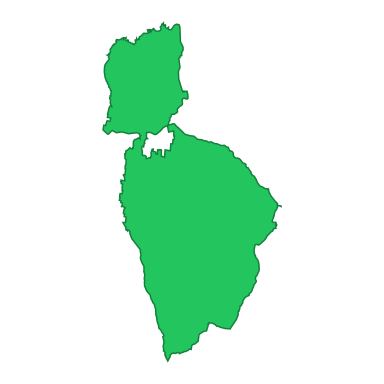 Mojokerto, Jawa Timur, Indonesia
{"feature_id": "22746128B795310620233", "entity_name": "Mojokerto", "entity_type": "district", "adm_level": 2, "iso_a3": "IDN", "parent_name": "Indonesia", "parent_adm1": "Jawa Timur", "projection": "equal_earth", "projection_center": [112.455, -7.541], "detail": "fine", "context": "isolated", "style": "filled", "palette": "green", "viewbox_px": 384, "rotation_deg": 0, "n_neighbors": 0, "source": "geoboundaries", "source_scale": "gbopen_adm2", "svg_char_len": 5991}
<svg xmlns="http://www.w3.org/2000/svg" viewBox="0 0 384 384"><path d="M121.7,38.4L120.7,39.5L118.9,39.9L116.5,39.6L116.5,41.2L115.9,41.2L116.3,42.4L116.1,43.0L114.1,44.3L114.0,44.8L113.5,44.5L111.8,47.0L111.6,47.8L110.9,48.3L110.1,49.6L110.5,51.8L109.7,53.2L108.9,53.6L109.4,54.5L107.4,55.1L108.5,55.6L108.5,57.4L109.3,58.5L109.1,59.2L105.2,64.4L104.5,67.2L104.3,72.1L105.2,77.7L106.5,81.4L107.2,81.7L107.5,83.6L108.7,85.2L108.9,87.2L110.1,88.3L110.5,90.4L111.2,90.9L110.8,95.9L110.1,95.8L109.7,98.7L110.5,99.0L110.3,103.1L111.7,106.7L110.1,106.1L109.3,107.2L107.5,114.6L107.9,114.9L107.4,117.4L110.8,118.1L109.9,121.3L107.1,120.8L105.8,124.4L105.7,125.5L103.8,125.2L103.0,129.9L107.7,134.2L108.9,133.8L111.2,131.3L112.4,130.6L116.4,132.7L122.0,131.9L128.5,133.7L137.1,132.7L139.2,133.8L139.8,134.9L140.8,135.7L139.8,136.3L140.1,139.1L138.3,137.9L136.2,139.3L134.6,139.6L133.4,141.5L133.2,147.8L132.7,147.8L132.6,148.9L131.6,148.9L130.0,147.7L127.3,150.3L126.0,150.7L125.6,153.6L124.8,153.7L125.0,158.2L125.3,159.0L126.0,159.5L126.1,161.2L125.8,165.1L125.2,165.6L125.1,168.8L125.6,168.9L125.6,169.5L124.9,174.9L123.5,174.6L123.5,175.5L124.3,176.4L124.8,180.3L124.7,180.9L121.1,180.1L120.7,181.7L121.4,181.9L121.2,183.6L122.5,184.0L122.1,187.8L122.5,187.9L122.0,190.6L123.0,191.1L121.8,193.9L120.2,193.5L119.9,194.2L119.6,197.4L120.2,197.5L119.3,200.2L120.9,200.9L120.8,202.6L122.0,202.8L122.4,205.1L121.4,206.3L121.5,206.6L122.3,206.4L125.2,207.6L125.2,208.3L124.0,209.2L123.4,213.1L123.5,213.7L124.5,214.1L124.2,216.6L126.1,217.0L125.6,222.4L123.0,222.5L125.7,227.2L126.0,229.9L126.9,230.4L127.2,230.0L127.7,230.9L128.1,230.1L129.6,230.9L130.1,234.1L131.8,238.6L140.5,250.0L140.2,250.9L141.0,255.1L140.4,257.6L140.6,259.1L141.8,262.4L144.0,266.5L143.9,271.8L144.8,274.8L144.2,278.9L144.8,280.5L144.4,281.3L144.6,286.0L146.6,290.8L148.7,293.5L149.9,294.4L151.3,299.5L152.2,300.8L152.7,302.4L154.4,304.6L155.7,309.7L155.9,315.1L156.5,316.5L157.2,321.6L158.6,325.7L158.8,328.1L160.8,330.0L162.1,332.7L163.6,334.5L163.8,336.0L162.8,336.7L163.9,341.1L164.0,342.6L163.1,346.8L163.6,347.9L163.5,350.9L165.2,352.5L164.8,354.8L165.5,355.4L165.5,356.5L167.8,361.0L170.0,356.9L170.4,354.8L172.5,353.1L175.7,353.4L177.8,352.4L178.6,352.7L179.6,353.7L181.8,352.4L182.8,352.5L184.2,351.5L185.3,351.6L188.2,350.3L189.3,349.1L191.2,349.4L191.7,345.9L192.5,344.6L195.0,343.9L198.2,341.2L199.0,334.5L202.7,331.9L204.9,331.0L206.5,331.0L208.1,325.5L208.1,324.1L208.8,323.9L208.4,323.2L208.6,322.8L212.3,323.1L215.0,324.5L217.0,326.4L217.8,326.1L220.2,327.2L225.1,328.5L230.4,328.9L230.6,328.0L236.4,319.4L238.2,314.8L238.1,311.9L238.8,311.4L238.6,311.1L239.4,309.9L240.3,305.8L241.4,305.5L241.7,304.3L242.6,303.2L242.8,301.0L244.9,297.7L247.0,296.2L248.5,295.7L248.7,295.0L249.1,295.1L249.2,294.0L251.4,291.8L254.3,284.4L255.9,282.3L256.3,281.1L255.5,279.3L255.6,276.8L256.7,275.9L259.0,270.8L259.2,269.5L258.9,264.3L258.4,261.5L257.3,259.2L255.7,257.4L255.6,256.0L254.5,254.0L254.1,250.3L255.0,244.9L257.0,244.4L258.7,245.1L259.8,244.3L264.1,240.5L265.7,238.6L267.0,236.2L270.7,232.2L273.0,230.7L272.8,229.6L274.1,228.6L275.8,228.3L275.4,227.8L275.9,226.1L275.7,225.3L276.3,226.0L276.7,225.1L275.8,224.4L276.4,224.1L275.8,223.1L275.9,222.4L273.5,222.3L272.1,221.6L272.5,219.8L274.1,215.8L274.4,213.5L275.3,210.9L276.2,210.1L277.4,207.3L277.6,205.7L279.8,205.8L281.0,206.5L281.0,206.0L277.3,205.3L277.4,203.4L275.5,201.7L271.0,196.0L268.9,191.7L268.5,189.1L268.0,189.6L267.4,188.9L265.0,188.6L262.3,186.9L259.9,186.1L257.2,182.2L256.2,179.5L254.3,176.3L252.8,175.5L251.3,173.8L250.9,171.8L249.0,169.5L248.4,168.0L246.7,167.5L245.9,165.9L246.0,164.7L245.2,163.7L242.6,162.9L240.7,160.1L239.3,158.7L237.9,158.1L236.1,158.2L234.3,157.1L233.3,155.0L233.3,153.2L232.2,151.5L230.8,150.9L229.7,151.0L228.2,147.3L227.4,147.3L224.1,145.2L222.7,145.6L220.2,145.2L217.4,143.9L214.1,143.4L211.0,141.8L209.1,142.4L206.5,141.0L204.4,140.8L201.4,139.7L197.6,139.4L194.0,136.2L190.5,135.8L185.1,134.4L178.3,127.7L176.7,126.5L174.6,124.0L173.4,123.7L168.3,125.2L168.8,122.1L169.9,120.3L169.8,118.5L170.0,117.7L170.9,116.9L171.3,114.8L171.8,114.3L174.2,114.3L177.1,112.5L177.5,111.6L177.3,109.0L180.2,106.0L181.5,105.5L182.5,103.9L182.1,99.8L182.8,98.8L183.9,98.2L187.1,99.1L187.9,98.3L187.6,97.7L188.0,97.3L187.7,94.1L187.0,91.2L185.7,91.4L183.3,91.1L183.6,91.9L183.1,91.9L182.1,90.3L178.7,78.9L178.4,71.5L180.0,67.5L178.8,58.4L179.3,57.7L180.0,57.6L180.1,55.9L181.7,55.6L181.6,52.9L183.1,49.9L183.0,47.0L180.4,41.6L179.9,27.3L179.2,24.9L177.4,24.3L176.2,24.3L174.2,25.4L171.3,29.6L170.0,30.0L168.6,29.4L168.5,27.2L168.0,27.6L167.7,28.6L165.9,27.8L165.2,26.7L165.6,25.6L165.2,24.7L164.9,24.8L164.6,26.1L163.5,25.4L163.4,23.0L162.5,24.1L161.9,24.1L161.5,25.9L160.5,26.6L160.3,27.4L161.2,28.5L160.6,29.9L159.7,30.8L157.4,31.3L155.4,30.8L155.1,30.2L154.1,30.0L154.0,28.8L153.5,28.5L152.0,29.8L151.3,31.7L150.3,31.6L149.7,33.0L149.6,31.1L150.1,30.4L150.7,30.3L150.6,29.7L149.8,29.5L147.4,29.9L148.4,32.8L147.0,33.4L143.6,33.3L140.8,36.2L139.5,36.7L139.1,39.1L138.6,38.8L138.3,39.4L137.3,39.8L136.7,38.5L136.4,40.3L135.3,40.0L135.3,41.3L135.8,42.2L135.7,42.8L133.8,44.6L133.3,44.5L132.7,43.4L130.6,43.1L129.9,42.3L128.8,42.2L128.0,41.4L128.4,40.5L127.9,39.9L127.0,40.8L125.9,40.6L126.0,37.5L125.2,37.9L123.5,37.7L123.9,39.0L123.5,39.7L123.0,38.6L121.7,38.4ZM168.7,132.1L173.6,131.0L173.8,136.0L174.5,136.1L174.0,139.5L173.0,139.6L172.6,143.8L170.8,143.8L170.3,150.8L165.1,149.9L164.5,157.3L161.3,156.1L161.4,149.9L159.2,149.6L158.8,150.1L157.6,149.8L157.5,154.3L155.8,153.7L155.8,152.1L153.0,151.2L153.3,149.1L152.2,149.2L151.0,152.6L151.2,155.4L150.4,157.8L149.2,157.7L148.7,158.1L146.3,158.6L146.2,156.8L145.4,155.6L142.4,155.3L142.3,150.5L141.7,149.8L141.9,146.6L142.9,146.1L143.6,146.8L144.2,143.7L144.8,143.3L144.5,142.2L144.6,140.8L145.8,139.1L147.6,138.6L146.4,137.4L146.5,132.6L150.5,132.4L154.6,134.5L156.3,134.3L160.3,131.0L163.4,127.5L167.4,125.5L168.7,132.1Z" fill="#22c55e" stroke="#15803d" stroke-width="1.5"/></svg>